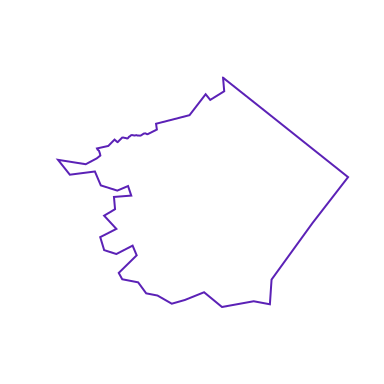 the district of Davie, North Carolina, United States of America, rotated 125°
{"feature_id": "52423323B1235583382537", "entity_name": "Davie", "entity_type": "district", "adm_level": 2, "iso_a3": "USA", "parent_name": "United States of America", "parent_adm1": "North Carolina", "projection": "orthographic", "projection_center": [-80.521, 35.903], "detail": "fine", "context": "isolated", "style": "outline", "palette": "violet", "viewbox_px": 384, "rotation_deg": 125, "n_neighbors": 0, "source": "geoboundaries", "source_scale": "gbopen_adm2", "svg_char_len": 1076}
<svg xmlns="http://www.w3.org/2000/svg" viewBox="0 0 384 384"><g transform="rotate(125 192 192)"><path d="M218.1,76.6L148.3,75.5L144.3,75.3L90.3,72.7L83.2,188.1L80.9,226.9L80.7,229.9L80.5,231.9L80.6,232.1L91.0,223.4L106.1,229.9L104.1,236.9L130.5,238.1L156.7,260.6L161.0,256.6L169.9,261.4L170.4,261.9L170.7,263.8L171.8,265.0L174.8,266.2L175.3,266.5L177.0,269.0L177.3,270.1L178.8,271.6L179.6,273.5L180.2,274.3L180.9,274.6L182.0,274.8L183.0,275.3L183.9,275.3L184.8,275.4L185.2,275.7L185.4,275.9L185.8,277.2L186.3,278.2L186.8,279.5L187.5,280.4L193.8,281.5L193.9,281.8L193.5,285.5L202.3,287.0L210.8,294.8L211.4,293.7L211.6,291.8L213.3,289.5L214.7,288.0L219.1,289.3L230.2,295.0L242.5,320.2L247.9,302.0L230.9,283.3L238.9,270.5L233.7,254.0L223.8,247.8L229.8,239.7L240.8,253.1L250.2,245.2L261.8,250.4L265.6,232.8L281.6,241.3L290.0,230.6L286.2,218.4L270.0,209.9L275.6,201.0L300.3,205.6L303.5,199.1L296.9,184.3L301.3,171.4L296.6,160.9L295.1,144.5L284.4,135.8L283.6,135.3L267.2,124.6L269.0,101.5L246.1,78.8L239.3,63.8L218.1,76.6Z" fill="none" stroke="#5b21b6" stroke-width="2"/></g></svg>